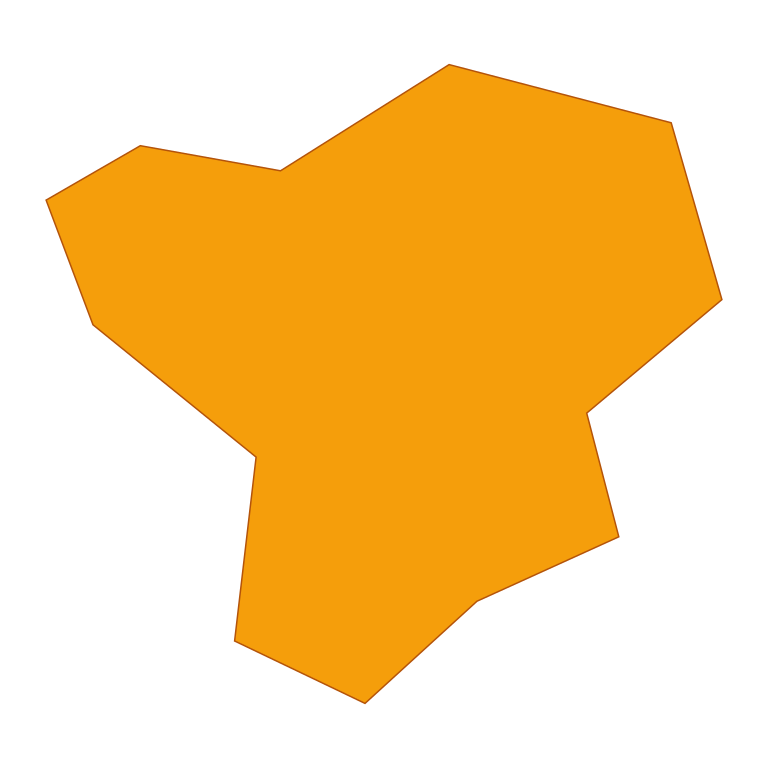 the border of Jelgava
{"feature_id": "LVA-4849", "entity_name": "Jelgava", "entity_type": "Republican City", "adm_level": 1, "iso_a3": "LVA", "parent_name": "Latvia", "parent_adm1": "", "projection": "orthographic", "projection_center": [23.715, 56.641], "detail": "fine", "context": "isolated", "style": "filled", "palette": "amber", "viewbox_px": 768, "rotation_deg": 0, "n_neighbors": 0, "source": "natural_earth", "source_scale": "10m", "svg_char_len": 309}
<svg xmlns="http://www.w3.org/2000/svg" viewBox="0 0 768 768"><path d="M280.5,170.8L449.1,64.6L671.2,122.8L721.9,299.6L665.4,347.0L586.7,413.1L618.8,536.8L477.0,601.2L365.0,703.4L234.6,641.0L256.1,457.1L93.0,324.8L46.1,200.1L140.3,145.7L280.5,170.8Z" fill="#f59e0b" stroke="#b45309" stroke-width="1.5"/></svg>